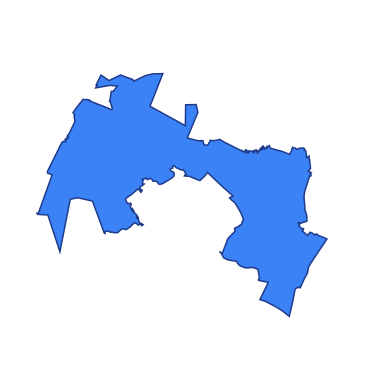 the district of Puente de Ixtla, Morelos, Mexico, rotated 110°
{"feature_id": "50627088B15428140679131", "entity_name": "Puente de Ixtla", "entity_type": "district", "adm_level": 2, "iso_a3": "MEX", "parent_name": "Mexico", "parent_adm1": "Morelos", "projection": "albers", "projection_center": [-99.286, 18.588], "detail": "fine", "context": "isolated", "style": "filled", "palette": "blue", "viewbox_px": 384, "rotation_deg": 110, "n_neighbors": 0, "source": "geoboundaries", "source_scale": "gbopen_adm2", "svg_char_len": 6033}
<svg xmlns="http://www.w3.org/2000/svg" viewBox="0 0 384 384"><g transform="rotate(110 192 192)"><path d="M265.0,330.5L265.8,329.2L262.9,319.6L293.3,295.7L240.4,303.9L236.4,297.2L234.6,282.4L260.5,260.5L260.8,259.6L258.7,259.9L257.8,258.5L257.4,257.2L257.7,255.5L257.5,254.2L256.8,253.3L257.0,251.4L255.9,248.6L254.9,247.5L251.5,245.8L250.4,244.7L250.1,243.7L249.8,240.9L244.9,237.5L243.7,237.4L240.3,235.0L241.4,230.9L240.4,230.6L240.1,230.2L240.0,229.4L240.4,228.4L240.9,227.7L239.4,226.7L239.3,227.1L238.8,230.4L238.1,231.5L236.9,232.6L235.1,233.4L235.6,234.8L235.0,235.3L234.5,235.5L234.6,234.0L234.4,233.9L234.0,234.2L231.9,237.1L231.6,238.3L230.9,239.7L230.8,240.2L231.0,240.4L230.6,240.5L230.5,240.3L230.0,239.8L229.8,240.0L229.4,240.6L229.6,240.7L229.7,240.9L229.7,241.9L229.9,242.0L229.9,242.3L229.3,242.3L228.8,242.1L228.7,241.8L228.5,241.7L227.9,242.4L229.0,242.9L228.3,244.0L227.3,244.3L227.3,244.7L226.7,245.2L225.8,245.2L225.6,245.0L225.3,245.2L224.6,244.9L224.0,245.2L223.6,245.9L224.3,246.0L224.4,247.1L224.3,247.3L224.8,248.6L224.5,248.8L224.0,249.6L221.7,252.0L220.0,251.6L218.4,250.3L217.9,250.0L217.7,250.1L214.8,247.7L213.1,247.0L207.3,243.5L209.8,240.0L209.7,239.8L208.4,239.6L207.3,239.1L207.3,238.8L207.0,241.4L206.1,242.3L205.4,242.5L204.9,242.4L203.3,241.1L200.9,239.7L201.2,241.0L199.4,242.1L198.3,241.6L196.9,243.2L196.5,241.7L194.7,240.3L194.5,239.8L195.2,239.6L195.4,239.3L195.6,238.1L194.8,237.0L194.1,236.6L193.2,235.0L193.3,234.7L194.1,233.7L194.4,233.6L194.5,233.2L195.2,232.5L194.4,230.1L194.3,229.0L194.6,227.8L195.3,226.9L195.7,226.7L195.9,225.9L195.9,225.5L195.6,224.4L194.1,222.4L192.0,220.6L191.4,220.3L189.8,218.9L185.7,215.7L184.8,215.1L182.9,214.3L180.4,215.1L179.8,216.0L179.5,216.9L179.3,218.6L178.9,219.9L178.5,220.5L177.8,220.5L177.0,219.8L176.5,218.5L176.4,218.4L175.6,218.4L174.9,218.8L173.7,218.7L173.6,217.5L174.5,215.2L174.9,211.0L174.9,209.4L174.1,207.7L177.4,203.5L178.7,204.2L178.7,204.5L179.0,204.4L179.5,204.5L178.2,200.2L178.6,188.5L172.9,185.6L169.8,184.5L168.3,184.2L176.9,164.4L181.7,152.2L183.2,153.5L184.7,154.7L185.5,153.3L187.6,147.8L194.2,139.7L200.0,134.3L200.5,134.5L205.8,134.5L206.5,135.4L207.4,136.0L207.9,136.1L209.3,137.2L209.9,138.0L210.9,139.1L211.7,139.5L212.7,139.1L213.9,138.0L222.1,141.8L224.2,142.4L239.4,142.5L238.5,146.0L239.5,143.7L243.1,139.6L243.5,134.9L242.0,126.8L242.2,126.0L243.7,124.4L244.9,121.9L245.1,117.7L245.0,116.3L244.6,114.6L244.0,112.9L242.6,110.7L242.4,109.9L242.3,108.3L241.7,106.4L242.1,106.2L242.2,103.4L242.7,103.3L250.2,99.0L250.7,99.5L251.2,99.7L252.2,99.3L252.2,99.0L250.9,89.8L252.2,89.6L269.9,91.4L269.7,85.2L271.3,73.7L272.7,66.8L275.6,58.1L262.4,59.6L247.6,61.9L246.4,60.8L244.7,58.5L245.0,57.5L235.2,56.8L228.5,55.8L223.8,56.7L221.1,56.5L217.3,55.8L216.9,55.5L216.0,55.5L212.7,54.7L190.0,49.1L189.6,54.4L189.6,57.9L188.8,60.9L190.5,61.6L189.7,63.8L189.4,66.2L189.6,66.6L189.4,67.3L193.2,68.4L190.9,75.2L190.4,75.0L190.4,74.7L189.5,74.4L189.1,74.7L188.3,74.7L188.7,76.4L188.4,77.7L188.0,78.0L187.8,79.1L187.5,79.4L186.5,79.7L185.4,80.8L185.4,81.2L184.1,81.5L183.9,81.0L184.6,80.5L185.0,79.7L182.8,77.6L180.9,74.9L179.8,74.0L179.5,74.4L175.9,75.6L174.9,76.1L170.2,79.8L165.9,81.5L158.5,85.0L154.1,86.1L153.2,86.2L148.1,86.5L145.6,86.5L140.7,86.8L137.1,86.8L137.0,87.0L136.5,85.9L134.9,85.9L134.1,87.4L133.0,86.7L132.7,90.0L132.3,89.7L129.2,88.7L120.7,92.9L120.6,93.5L119.8,93.7L119.5,94.0L118.4,94.0L118.1,94.2L119.7,95.3L120.6,96.2L117.8,97.2L114.5,99.1L114.2,99.5L114.2,100.0L114.5,100.7L112.7,101.1L112.7,103.2L113.9,105.4L114.0,106.0L116.2,107.9L115.8,108.9L115.3,109.6L115.8,110.2L115.6,112.1L115.6,112.8L118.2,112.9L119.4,112.5L121.7,113.1L123.3,113.1L123.0,119.7L123.1,122.5L123.5,126.2L124.0,133.1L123.0,134.5L121.9,135.1L123.0,136.1L123.3,136.6L123.4,137.1L123.8,137.3L124.7,136.4L126.1,137.3L126.6,138.0L126.7,138.9L126.4,138.9L125.6,138.7L125.7,139.0L125.3,139.2L125.4,139.8L124.9,140.6L124.5,140.7L124.5,141.0L126.4,141.8L126.5,141.5L126.2,141.3L126.0,139.9L126.7,139.7L127.3,140.1L127.7,140.8L128.4,141.3L128.3,141.6L127.4,141.9L127.7,142.8L128.3,142.8L129.1,141.9L129.4,141.9L129.6,142.6L130.0,142.9L131.7,143.1L132.5,143.6L132.7,143.9L131.0,143.7L130.7,143.7L130.5,144.1L131.6,145.2L131.7,145.5L131.7,145.9L131.0,146.1L130.6,145.9L130.4,146.1L131.4,147.1L131.9,148.2L132.4,147.9L132.4,147.5L132.6,147.5L133.6,146.9L134.1,147.3L133.8,147.8L133.7,148.2L133.0,148.1L132.9,148.3L133.0,149.2L133.2,149.4L133.5,150.5L133.6,152.0L134.2,153.0L134.4,153.1L135.4,152.2L135.7,152.3L136.2,153.7L135.9,153.6L135.6,154.0L135.1,154.1L134.5,154.4L133.7,155.5L134.0,156.0L134.4,156.1L135.3,156.1L135.8,155.9L136.3,155.6L136.7,155.7L136.9,155.8L136.9,156.2L136.4,156.6L136.1,157.8L136.6,158.1L136.2,158.9L136.4,159.1L135.9,159.7L136.2,160.1L135.4,167.7L134.6,174.3L134.4,176.9L134.0,179.7L133.4,181.9L133.2,183.8L133.1,184.1L134.1,185.2L136.5,189.4L136.7,190.6L136.9,190.7L137.0,192.5L141.7,193.0L142.6,193.7L143.1,194.3L143.4,195.9L143.3,196.6L142.9,197.2L141.9,198.1L140.0,199.2L140.3,200.0L140.8,200.7L140.5,200.8L141.4,202.7L142.0,205.5L142.8,214.9L115.2,213.7L108.4,218.0L112.2,227.8L132.0,220.9L125.8,260.8L90.7,259.9L94.5,269.4L98.4,275.4L107.8,284.7L106.5,286.1L106.6,291.5L106.5,299.2L115.6,308.0L113.3,317.5L124.1,318.7L123.6,317.5L127.1,318.1L119.9,305.7L118.0,298.4L124.5,300.5L125.0,302.2L133.9,300.5L134.9,300.6L134.9,299.9L141.0,295.3L142.2,295.4L141.8,301.0L141.6,314.4L141.2,319.2L140.9,319.3L140.6,320.1L141.2,320.2L141.0,323.0L142.0,324.0L142.1,326.0L146.7,327.5L147.2,327.8L158.1,331.0L159.6,328.7L160.2,329.0L166.0,326.1L178.8,327.4L182.3,328.4L182.6,328.0L182.5,327.7L182.8,327.6L182.6,327.0L182.7,326.8L183.5,327.0L183.4,327.2L184.5,327.6L184.2,328.2L184.3,328.4L185.1,328.7L185.3,329.0L186.0,329.3L186.9,328.1L187.3,328.4L187.4,328.2L187.8,328.3L188.1,328.1L188.1,328.7L188.2,329.6L188.4,329.8L188.5,330.2L189.3,330.4L189.2,330.7L189.9,331.2L193.5,331.6L194.9,332.0L195.0,331.8L222.2,334.9L223.6,334.2L223.8,329.3L264.0,329.1L265.0,330.5Z" fill="#3b82f6" stroke="#1e3a8a" stroke-width="1.5"/></g></svg>